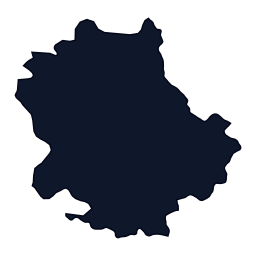 the District of Zapadno-Backi
{"feature_id": "SRB-273", "entity_name": "Zapadno-Backi", "entity_type": "District", "adm_level": 1, "iso_a3": "SRB", "parent_name": "Republic of Serbia", "parent_adm1": "", "projection": "natural_earth1", "projection_center": [19.294, 45.728], "detail": "fine", "context": "isolated", "style": "filled", "palette": "ink", "viewbox_px": 256, "rotation_deg": 0, "n_neighbors": 0, "source": "natural_earth", "source_scale": "10m", "svg_char_len": 4661}
<svg xmlns="http://www.w3.org/2000/svg" viewBox="0 0 256 256"><path d="M130.1,34.9L138.2,33.6L141.6,29.8L142.9,25.2L145.1,20.6L148.5,18.4L149.1,19.2L149.8,20.0L151.8,21.5L152.5,22.2L153.0,22.9L153.7,24.9L154.1,25.8L156.2,28.8L156.7,29.3L157.2,29.5L159.6,29.7L160.2,29.9L160.6,30.2L160.9,30.6L161.0,31.1L161.0,31.5L160.4,34.0L160.3,34.8L160.4,35.7L162.5,40.9L162.6,41.2L162.6,41.7L162.5,42.2L162.2,42.7L161.8,43.3L161.2,44.0L160.1,44.8L159.4,45.5L158.7,46.5L158.2,47.6L158.1,48.5L158.1,49.3L158.2,50.2L158.4,51.0L158.9,51.8L160.5,54.2L161.4,56.6L162.5,59.1L163.0,60.6L163.2,62.7L163.3,66.4L163.1,69.1L163.3,69.9L163.8,71.6L163.9,72.4L164.0,73.2L163.7,75.2L163.7,76.0L163.9,76.8L164.4,77.6L165.0,78.4L166.4,79.9L168.3,82.2L170.8,84.9L172.0,85.7L175.3,87.4L176.8,88.4L178.1,89.6L180.0,91.8L180.9,92.7L183.8,95.2L184.0,95.6L184.6,96.5L186.4,98.6L187.1,99.5L187.5,100.4L187.5,101.2L186.5,103.8L186.5,104.5L186.6,105.1L186.9,105.6L188.4,107.2L188.9,107.8L189.3,108.5L189.5,109.3L189.5,111.1L189.6,111.8L190.0,112.6L190.7,113.2L194.9,115.8L197.4,117.6L200.4,119.3L202.0,120.6L202.6,120.9L203.8,121.4L204.3,121.5L205.0,121.5L205.6,121.3L206.4,120.9L207.8,119.7L208.4,119.1L210.0,117.0L211.3,115.8L212.1,115.2L212.9,114.7L213.6,114.4L214.3,114.2L215.2,114.1L216.2,114.2L216.9,114.4L217.6,114.7L218.4,115.2L220.0,116.5L223.4,119.6L224.7,120.4L227.5,121.5L229.4,122.6L230.5,123.3L229.3,124.8L225.9,128.2L225.1,129.0L224.5,129.8L224.0,130.6L224.0,131.4L224.1,131.9L224.5,133.3L224.9,134.0L225.4,134.8L226.2,135.4L229.5,137.6L231.0,138.4L234.5,139.2L235.7,139.8L236.8,140.6L237.6,141.7L238.6,143.8L240.2,145.9L240.5,146.4L240.6,147.2L240.6,148.2L240.2,149.1L239.6,149.7L236.9,151.0L233.1,153.3L230.5,158.0L229.6,160.6L229.3,161.2L229.0,161.8L226.7,163.7L226.1,164.5L224.7,166.5L224.4,167.2L224.3,168.0L224.4,168.8L224.5,169.4L225.4,171.4L226.3,173.1L226.5,173.6L226.6,174.4L226.3,176.5L226.1,179.7L225.9,180.7L225.6,181.5L225.2,182.1L224.7,182.4L224.1,182.6L222.0,183.2L220.1,183.4L217.0,183.1L216.4,183.2L215.7,183.4L215.0,183.9L214.4,184.5L214.0,185.2L213.5,186.3L213.3,187.1L213.0,189.7L212.8,190.6L212.6,191.2L212.3,191.8L210.7,193.9L209.7,195.8L209.3,196.3L208.8,196.8L207.2,197.9L204.1,199.6L202.7,200.1L202.1,200.3L201.2,200.3L200.6,200.1L199.9,199.9L199.4,199.6L197.3,197.8L196.7,197.4L193.0,195.3L191.6,194.8L191.0,194.6L190.1,194.6L189.0,194.9L187.8,195.4L186.0,196.7L185.2,197.3L184.5,197.5L181.9,198.2L176.7,199.7L177.2,203.7L177.3,204.0L177.9,205.1L178.1,205.7L178.2,210.1L176.7,210.3L174.8,210.7L169.8,212.9L166.1,215.1L165.7,215.4L165.4,216.1L165.2,216.9L165.2,218.5L165.2,219.4L165.7,221.4L165.8,222.2L165.8,224.1L165.9,224.9L166.3,225.6L168.0,227.9L168.4,228.7L168.9,229.9L169.1,230.8L169.0,231.7L168.9,232.4L168.1,235.0L167.9,236.0L162.5,234.7L160.5,234.3L159.3,234.1L156.9,234.0L154.6,234.1L153.5,234.2L152.5,234.5L150.5,235.4L149.6,235.7L148.8,235.7L148.2,235.6L146.9,235.1L146.1,234.6L145.5,233.8L144.3,231.9L141.4,229.0L140.4,228.3L139.6,228.2L138.8,228.3L138.1,228.8L137.5,229.4L137.1,230.1L136.7,231.2L136.5,232.9L136.4,233.4L136.0,233.9L135.6,234.2L135.0,234.4L134.2,234.5L133.3,234.4L132.1,234.3L131.2,234.2L130.3,234.4L129.5,234.6L128.0,235.4L125.9,236.2L124.8,236.4L121.3,236.7L120.2,237.0L118.7,237.5L118.0,237.6L117.4,237.5L116.9,237.3L116.5,236.9L115.8,236.0L115.6,235.5L115.5,234.7L115.5,233.7L115.4,232.9L114.9,231.9L114.1,230.9L112.9,230.1L107.7,227.6L106.9,227.4L106.3,227.3L105.5,227.3L104.6,227.7L102.6,228.6L101.6,228.8L100.5,229.0L97.1,229.0L94.9,228.9L93.9,228.6L93.3,228.4L92.2,227.7L91.7,227.2L91.3,226.7L91.0,226.1L90.3,223.6L90.0,223.1L89.6,222.6L89.1,222.3L88.5,222.1L87.7,222.0L85.7,222.1L84.8,221.9L84.0,221.6L81.2,219.9L78.6,217.8L78.0,217.5L77.4,217.3L76.5,217.2L75.6,217.3L74.9,217.5L74.3,217.8L72.2,219.6L71.3,219.9L70.8,219.8L70.2,219.6L69.5,219.1L68.1,217.8L66.4,216.4L66.0,215.7L65.9,215.0L66.0,214.3L66.0,213.8L83.4,216.1L92.0,208.7L88.7,203.3L84.9,201.4L80.7,200.5L75.7,198.5L72.8,196.2L71.5,194.5L70.6,192.6L68.8,189.7L66.1,187.9L63.5,188.6L60.9,190.2L55.8,192.6L52.9,195.7L49.1,198.4L43.6,198.5L40.8,196.0L34.9,187.6L32.4,185.7L33.4,182.5L33.8,175.5L35.0,168.5L38.6,165.4L41.8,163.3L49.9,153.3L51.5,150.1L49.9,144.7L45.6,141.4L40.6,138.8L36.5,136.0L34.1,131.2L32.9,119.9L31.5,114.2L23.0,104.9L20.9,101.7L16.4,97.6L15.4,95.3L15.9,93.7L16.9,92.1L17.6,89.9L18.4,79.8L27.8,79.0L31.5,78.3L33.6,75.8L32.7,72.9L29.6,69.9L23.6,65.7L26.3,62.9L28.6,60.9L33.6,58.0L32.0,52.3L50.0,53.5L55.6,55.8L57.3,55.0L57.6,53.8L57.0,52.2L54.7,49.1L54.4,47.7L54.7,46.3L55.6,45.0L62.6,40.6L70.0,41.5L75.2,40.3L75.5,29.2L80.2,22.2L86.9,19.6L93.5,21.8L97.9,29.2L104.4,32.6L130.1,34.9Z" fill="#0f172a" stroke="#020617" stroke-width="1.5"/></svg>